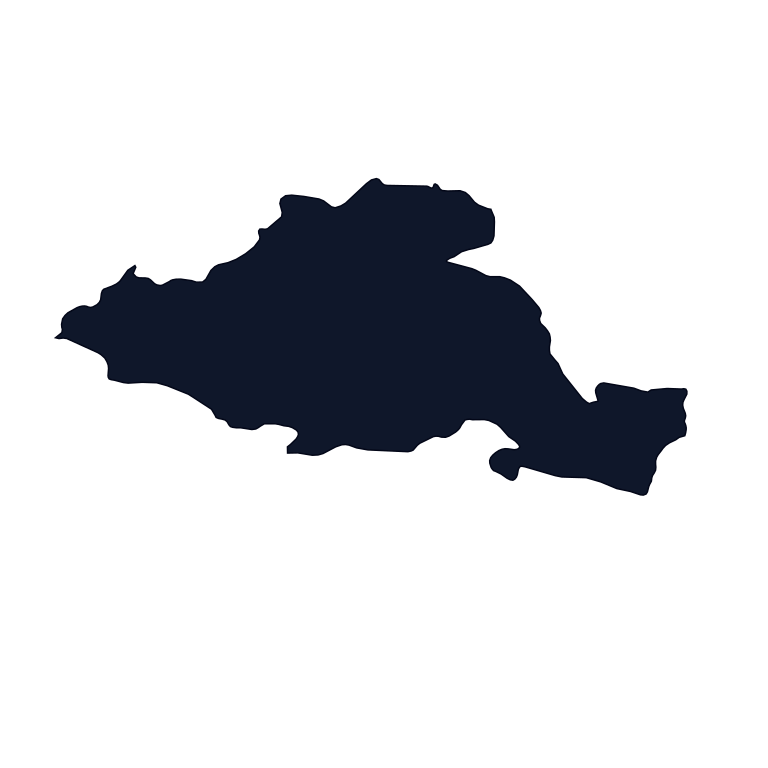 an SVG outline of Nagaland, rotated 237°
{"feature_id": "IND-2479", "entity_name": "Nagaland", "entity_type": "State", "adm_level": 1, "iso_a3": "IND", "parent_name": "India", "parent_adm1": "", "projection": "mercator", "projection_center": [94.35, 26.119], "detail": "fine", "context": "isolated", "style": "filled", "palette": "ink", "viewbox_px": 768, "rotation_deg": 237, "n_neighbors": 0, "source": "natural_earth", "source_scale": "10m", "svg_char_len": 4299}
<svg xmlns="http://www.w3.org/2000/svg" viewBox="0 0 768 768"><g transform="rotate(237 384 384)"><path d="M619.0,239.6L617.1,239.4L613.2,233.7L608.7,234.5L606.4,236.4L602.9,241.6L600.9,243.8L598.5,244.9L593.1,246.2L590.9,247.4L588.5,249.9L587.6,251.9L586.8,259.8L586.9,261.5L586.5,263.4L585.2,266.5L582.7,270.6L575.5,278.9L571.7,282.0L568.3,287.3L568.8,291.7L573.5,300.7L574.5,306.0L574.1,310.1L570.7,319.3L569.0,327.9L568.6,338.9L569.7,349.8L572.7,358.1L574.6,359.9L576.6,360.6L578.6,361.1L580.6,362.2L581.5,364.3L580.3,366.3L578.5,368.5L577.6,370.8L580.0,389.2L583.3,392.1L592.1,395.0L595.2,398.3L595.5,404.0L592.6,409.5L584.9,419.0L574.5,430.3L570.4,433.1L561.2,436.4L558.4,439.0L556.8,444.9L556.6,450.3L561.6,478.5L562.0,484.6L560.4,489.5L558.3,491.1L553.0,491.7L550.7,492.7L548.8,494.8L526.7,527.5L525.8,528.4L523.2,529.9L522.2,530.8L522.1,532.2L524.1,534.8L523.9,535.9L521.6,537.1L516.7,537.2L514.6,538.1L511.1,542.6L504.7,553.0L500.3,556.5L495.7,557.9L487.2,558.9L482.5,560.7L474.5,566.4L472.3,568.8L472.1,568.7L463.8,567.2L459.8,564.9L448.3,556.9L445.4,553.5L444.1,550.5L444.5,547.4L448.8,533.1L450.7,528.3L452.7,521.1L452.6,512.1L453.5,508.3L453.7,506.2L453.5,503.6L452.6,503.1L451.2,504.0L432.9,520.5L429.5,522.9L419.4,528.5L416.2,531.4L411.0,539.5L407.4,542.9L402.3,546.6L392.3,551.0L374.2,554.2L363.8,555.5L360.3,555.2L358.3,554.6L357.8,554.3L357.5,554.1L355.9,552.2L354.6,550.3L352.6,549.1L349.4,548.4L343.3,549.8L339.4,550.1L336.0,550.0L333.0,548.9L329.9,547.3L325.0,542.9L322.2,541.1L318.9,539.6L311.3,540.4L306.4,541.1L295.1,539.4L263.9,542.4L258.5,544.0L255.7,545.5L255.3,547.4L254.7,549.7L253.3,553.2L253.1,554.1L253.3,554.3L253.6,554.5L261.3,556.8L263.5,558.0L265.0,559.8L265.9,562.0L266.4,564.2L266.4,565.9L265.2,568.9L244.4,591.3L238.2,595.9L233.4,601.0L233.5,602.2L233.5,604.8L226.0,619.0L217.7,630.8L216.8,632.8L215.3,634.3L213.0,634.1L210.6,632.5L207.4,627.0L205.8,624.7L203.6,623.0L200.7,621.8L195.3,620.7L193.0,619.7L191.5,618.3L189.6,615.9L189.0,615.5L187.9,615.1L186.4,614.9L184.6,614.4L182.7,613.6L181.1,612.5L178.7,610.3L176.8,608.1L178.5,602.5L178.3,598.3L179.2,591.4L179.1,586.7L178.1,582.8L177.1,580.3L175.5,575.6L174.1,572.8L171.6,569.9L168.8,568.1L166.2,566.7L163.8,564.8L162.3,562.3L161.0,559.4L159.4,557.4L157.8,556.1L156.8,555.2L156.4,554.5L156.2,554.1L155.2,552.2L153.8,550.2L150.1,546.2L149.0,543.9L149.6,541.0L151.4,538.7L159.6,532.2L169.5,522.3L183.8,512.5L195.3,502.6L209.2,482.5L213.9,477.7L237.7,457.2L240.0,454.8L240.7,453.2L240.2,451.8L239.2,450.1L235.3,446.4L233.8,444.3L233.0,441.9L233.1,439.7L234.9,437.7L237.9,435.9L244.7,433.2L250.2,429.9L251.4,428.9L253.0,428.5L255.5,428.4L259.9,429.6L262.2,430.9L264.1,433.4L265.1,436.5L265.6,440.1L265.6,444.1L265.0,447.4L263.8,450.3L261.9,452.9L257.9,457.5L256.9,459.7L256.6,461.2L256.9,463.0L258.0,463.9L260.3,463.9L264.5,463.1L271.9,460.0L284.0,458.2L288.7,456.9L296.3,452.1L299.5,448.8L305.9,438.7L307.9,436.6L309.0,434.4L309.7,432.4L307.6,426.7L306.0,423.8L305.3,421.8L304.9,419.5L304.7,417.8L304.9,410.3L305.8,406.6L308.2,403.2L310.5,401.2L312.0,399.1L313.0,396.7L314.8,381.8L314.5,378.6L312.7,372.5L313.0,370.4L314.2,367.2L337.6,334.5L345.4,326.2L351.8,321.4L354.2,318.8L356.0,315.6L357.6,309.3L358.9,295.0L360.4,290.1L363.3,285.1L373.2,274.2L378.6,265.5L383.9,268.8L384.2,272.4L385.7,280.2L385.8,280.5L386.8,282.7L388.1,284.6L390.3,285.7L393.0,285.5L397.3,283.4L400.4,281.0L403.5,277.3L407.5,273.7L409.9,271.1L415.8,262.0L416.0,257.2L415.9,254.9L416.1,252.0L417.8,248.4L425.4,239.9L427.8,236.2L430.2,233.4L432.0,232.0L434.2,231.7L437.9,231.9L440.4,231.1L443.0,228.8L445.3,226.4L447.4,225.0L449.6,225.3L456.8,225.6L476.9,216.7L482.1,214.3L500.6,201.3L508.8,194.1L517.1,182.2L524.1,169.9L527.1,166.3L534.1,159.9L536.2,157.6L537.9,156.3L539.8,156.4L541.3,157.1L547.1,161.5L550.0,163.0L553.6,163.8L557.9,164.0L562.7,162.7L566.0,161.2L594.8,142.8L595.1,142.7L595.7,141.8L597.3,140.0L599.1,136.2L601.7,133.7L602.5,141.8L604.9,144.0L607.1,144.7L609.7,146.1L613.7,150.0L615.2,153.8L615.9,157.8L615.2,168.2L614.6,170.9L613.7,173.3L612.5,175.4L611.1,176.9L609.5,178.0L608.0,179.6L607.2,181.7L606.8,186.5L607.5,189.7L609.0,192.3L613.8,196.3L615.6,198.6L616.1,200.6L614.2,209.1L613.6,214.0L613.8,217.0L614.2,219.0L618.9,231.1L619.0,239.6L619.0,239.6Z" fill="#0f172a" stroke="#020617" stroke-width="1.5"/></g></svg>